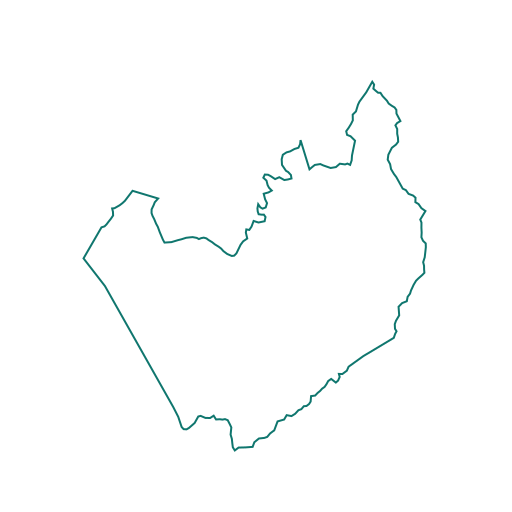 outline of Paranaguá, Paraná, Brazil, rotated 192°
{"feature_id": "56859067B59614170446294", "entity_name": "Paranaguá", "entity_type": "district", "adm_level": 2, "iso_a3": "BRA", "parent_name": "Brazil", "parent_adm1": "Paraná", "projection": "equal_earth", "projection_center": [-48.534, -25.55], "detail": "fine", "context": "isolated", "style": "outline", "palette": "teal", "viewbox_px": 512, "rotation_deg": 192, "n_neighbors": 0, "source": "geoboundaries", "source_scale": "gbopen_adm2", "svg_char_len": 3217}
<svg xmlns="http://www.w3.org/2000/svg" viewBox="0 0 512 512"><g transform="rotate(192 256 256)"><path d="M104.2,204.6L103.7,208.8L102.9,211.6L104.9,213.7L106.1,218.2L105.6,221.8L103.6,227.7L106.0,236.0L103.3,240.3L99.1,243.1L99.2,247.6L97.5,251.2L97.2,254.6L96.5,257.6L95.8,260.7L94.3,265.1L92.6,267.7L89.2,272.3L87.8,274.6L88.8,277.9L89.6,281.4L91.2,284.7L90.7,289.8L91.2,295.0L91.7,299.9L92.6,303.6L95.8,305.6L98.1,308.7L98.8,313.2L100.1,318.1L101.1,323.1L102.9,325.8L99.6,335.2L104.2,337.2L107.8,340.6L111.3,341.8L112.1,346.2L114.9,347.8L119.7,348.5L123.1,351.6L126.5,352.4L135.2,362.4L138.1,364.9L142.0,369.1L143.9,373.7L147.2,377.6L147.6,382.6L145.6,390.1L142.2,394.1L140.7,397.3L141.8,401.4L143.3,404.9L144.3,409.6L146.8,412.8L145.6,415.4L142.8,418.0L148.2,424.5L149.1,428.1L151.3,430.1L154.5,431.2L157.9,432.7L160.2,435.1L162.8,436.9L165.4,438.7L168.2,441.5L170.6,441.1L173.6,442.7L176.0,444.1L176.1,448.2L178.5,450.6L182.2,439.0L186.9,428.5L187.7,425.2L188.3,418.2L190.8,414.4L189.5,408.8L190.5,404.9L192.0,400.7L193.7,396.8L192.1,393.4L188.4,392.8L183.1,389.4L183.0,374.3L182.3,369.4L182.9,364.7L185.8,365.4L187.9,364.1L193.2,363.7L196.3,359.6L201.3,357.6L209.1,358.6L212.2,359.3L217.4,357.3L219.7,354.5L221.7,351.9L236.5,378.6L236.1,374.5L237.0,370.7L240.6,368.7L244.4,365.4L247.7,363.7L250.8,360.6L251.0,356.0L249.5,350.5L244.4,345.6L242.0,344.8L238.7,342.5L237.4,339.2L240.7,337.5L244.1,336.2L249.6,337.9L253.3,335.2L258.3,337.2L261.1,338.0L264.3,337.5L265.1,334.1L261.4,331.9L259.4,327.8L257.5,325.5L254.2,323.3L257.0,320.8L261.4,318.5L258.9,313.4L256.2,310.0L256.6,305.5L259.4,303.7L261.9,304.5L264.6,307.1L264.5,302.9L263.6,300.0L262.1,297.4L259.2,297.6L256.9,298.1L254.8,296.1L254.8,291.8L258.2,290.3L260.5,289.3L263.0,289.5L265.6,289.8L266.5,283.8L268.0,280.1L271.0,280.0L270.8,276.8L268.2,271.3L271.6,267.7L273.4,263.8L275.7,254.5L277.4,251.8L279.7,251.0L284.6,252.0L288.9,254.0L291.6,256.0L294.4,257.3L298.6,258.8L301.8,260.4L305.8,261.8L308.1,262.9L310.9,263.1L313.3,262.1L315.4,260.7L317.7,261.4L321.9,261.3L324.8,260.4L328.1,259.3L332.5,256.8L335.6,255.3L341.6,252.0L348.3,250.1L350.5,252.7L355.1,259.3L358.1,264.1L360.5,266.9L363.3,271.0L365.6,273.8L367.1,276.3L367.8,279.9L366.7,284.4L366.2,287.5L363.7,291.9L390.3,294.1L395.7,282.7L397.6,280.0L399.9,277.3L401.9,275.5L404.4,273.3L406.6,272.6L405.1,269.5L404.2,265.9L405.7,262.2L407.4,258.8L408.8,255.8L410.3,253.5L413.1,251.9L424.2,217.8L397.5,195.2L305.5,91.0L298.6,82.5L297.2,80.1L293.2,73.3L290.8,71.6L287.9,72.0L285.8,73.9L281.3,79.9L279.1,87.0L276.9,88.1L271.8,87.1L267.2,88.0L264.2,91.0L261.1,87.8L257.5,88.8L254.8,89.0L252.4,90.0L249.5,89.5L246.4,85.7L244.5,83.2L243.7,76.0L241.6,72.1L240.2,67.8L238.9,64.1L236.3,61.4L233.2,65.0L226.5,66.6L219.6,68.6L218.9,73.5L215.2,78.1L210.0,79.8L207.4,81.4L205.3,85.4L201.9,89.3L201.3,93.4L200.5,98.7L194.5,101.9L192.9,106.7L188.0,106.8L184.9,109.8L182.4,114.0L179.8,115.6L178.0,119.0L175.4,119.8L173.3,122.3L172.3,125.0L173.0,130.4L169.1,131.8L167.3,134.8L165.2,137.4L163.8,139.9L161.7,142.2L160.4,145.3L159.4,148.7L156.9,151.4L151.6,148.8L149.8,151.2L149.0,155.1L150.4,157.9L147.0,158.5L143.3,162.7L142.4,167.0L130.2,180.4L104.2,204.6Z" fill="none" stroke="#0f766e" stroke-width="2"/></g></svg>